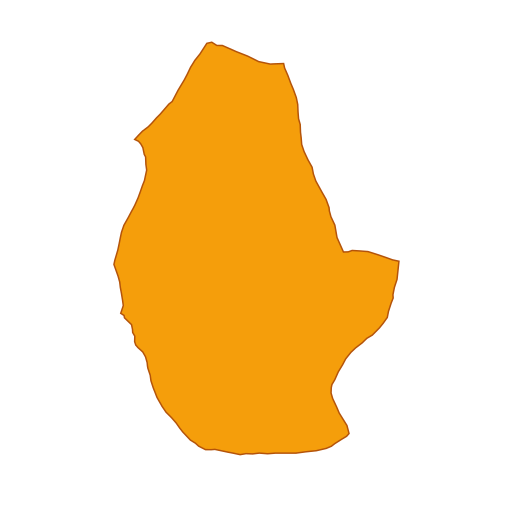 outline of Okitipupa, Ondo, Nigeria, rotated 12°
{"feature_id": "59680162B5540117047510", "entity_name": "Okitipupa", "entity_type": "district", "adm_level": 2, "iso_a3": "NGA", "parent_name": "Nigeria", "parent_adm1": "Ondo", "projection": "natural_earth1", "projection_center": [4.71, 6.565], "detail": "fine", "context": "isolated", "style": "filled", "palette": "amber", "viewbox_px": 512, "rotation_deg": 12, "n_neighbors": 0, "source": "geoboundaries", "source_scale": "gbopen_adm2", "svg_char_len": 2379}
<svg xmlns="http://www.w3.org/2000/svg" viewBox="0 0 512 512"><g transform="rotate(12 256 256)"><path d="M383.9,410.3L380.2,402.9L370.0,392.3L366.3,387.0L360.7,379.6L357.9,374.4L357.0,369.1L357.0,365.9L358.8,360.6L360.6,352.1L363.3,344.4L365.1,338.0L368.8,330.6L372.5,325.2L378.0,318.8L379.9,315.9L381.6,313.4L386.2,309.2L391.7,300.6L394.4,295.3L396.5,290.4L397.2,288.9L397.1,282.5L398.0,273.9L398.9,268.6L398.0,265.4L397.9,258.0L398.2,255.1L398.8,249.5L397.9,240.9L396.9,231.4L390.4,231.4L383.1,230.4L374.8,229.4L364.6,228.4L356.3,229.5L348.9,230.6L345.3,232.8L340.7,233.9L331.4,221.1L326.7,209.4L321.1,202.0L319.9,199.6L318.4,196.7L317.4,193.5L312.8,186.1L312.0,185.2L307.2,179.8L298.9,170.2L295.1,163.9L292.4,157.5L286.8,151.1L281.2,143.7L277.5,137.4L275.6,131.0L273.8,125.7L271.9,118.2L269.1,112.9L267.2,106.5L265.3,99.1L262.5,92.7L257.9,85.3L254.2,80.0L249.5,72.6L244.9,66.2L243.0,62.0L233.1,64.5L230.1,65.3L218.2,65.3L206.2,62.2L196.0,60.5L194.2,60.2L179.4,57.1L173.9,58.2L168.3,56.1L163.7,58.2L159.2,70.0L155.5,77.4L154.1,81.4L152.8,84.9L151.0,92.4L149.2,98.8L145.5,109.5L145.2,110.5L141.9,122.3L139.2,125.5L132.8,137.2L130.0,141.5L126.4,147.9L123.6,152.2L119.0,157.5L116.3,161.8L113.1,167.2L117.2,168.2L120.0,170.3L122.8,173.5L124.2,176.7L125.6,179.9L127.4,182.0L129.3,189.4L131.2,194.7L131.2,198.6L131.2,199.0L131.2,205.4L131.0,206.6L130.3,210.7L129.5,217.1L128.6,223.5L127.7,227.8L126.8,232.0L126.6,232.6L125.9,235.2L124.9,238.4L123.1,244.8L120.4,253.4L119.5,260.8L119.5,266.2L119.6,272.5L119.6,278.9L118.8,289.5L118.8,291.0L118.8,293.8L125.3,304.4L128.1,309.8L129.9,315.1L132.1,320.4L134.6,326.8L136.5,332.1L135.6,340.2L139.3,341.6L140.2,343.8L143.7,346.0L146.4,347.7L148.5,349.0L150.4,353.3L151.3,356.5L154.1,359.6L155.1,365.0L156.9,368.1L159.7,370.2L165.2,373.4L168.9,377.6L171.7,382.9L172.7,386.1L173.6,388.3L177.3,394.6L179.2,399.9L182.9,406.3L185.7,410.5L188.5,414.8L190.5,417.1L191.3,418.0L194.8,421.9L195.0,422.2L200.5,427.5L207.0,431.7L212.6,435.9L217.2,440.2L220.9,443.3L225.5,446.5L230.1,449.7L235.7,451.7L239.4,453.9L246.8,455.9L252.3,454.8L256.0,453.7L260.6,453.7L267.0,453.7L269.6,453.7L274.0,453.6L275.3,453.6L281.8,453.6L287.3,451.4L293.8,450.3L300.2,448.1L308.5,447.0L315.9,444.8L336.1,440.5L345.3,437.2L355.5,433.9L364.7,429.6L369.3,426.4L372.0,423.2L377.5,417.8L382.1,413.5L383.9,410.3Z" fill="#f59e0b" stroke="#b45309" stroke-width="1.5"/></g></svg>